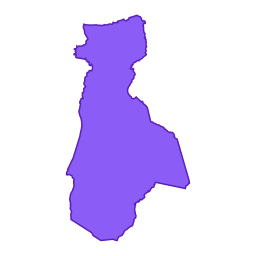 outline of Morazan, Yoro, Honduras
{"feature_id": "27666195B65366922355243", "entity_name": "Morazan", "entity_type": "district", "adm_level": 2, "iso_a3": "HND", "parent_name": "Honduras", "parent_adm1": "Yoro", "projection": "natural_earth1", "projection_center": [-87.562, 15.347], "detail": "fine", "context": "isolated", "style": "filled", "palette": "violet", "viewbox_px": 256, "rotation_deg": 0, "n_neighbors": 0, "source": "geoboundaries", "source_scale": "gbopen_adm2", "svg_char_len": 5574}
<svg xmlns="http://www.w3.org/2000/svg" viewBox="0 0 256 256"><path d="M83.9,24.2L83.5,25.6L83.4,27.8L84.4,30.2L84.7,33.0L86.6,36.7L87.7,38.2L88.0,38.8L87.5,39.5L86.4,40.6L86.0,41.3L85.9,41.7L86.1,42.6L86.1,43.2L85.8,43.9L85.3,44.5L84.8,44.7L83.7,44.9L81.7,46.2L80.5,46.1L78.7,46.1L77.8,46.7L76.9,46.1L77.0,47.0L76.5,47.8L76.3,48.7L74.8,48.8L74.3,49.0L74.4,49.3L75.5,50.1L75.7,50.4L75.7,50.9L75.3,51.6L75.8,52.3L75.9,52.8L75.7,53.4L74.3,53.8L74.1,54.1L74.0,54.6L74.2,54.8L75.5,54.5L76.0,54.7L76.1,55.1L75.8,56.1L75.8,56.8L76.0,57.4L76.4,57.7L82.2,58.6L84.4,59.1L85.0,59.0L85.3,58.8L85.5,58.5L85.8,58.5L85.9,58.8L86.1,60.4L86.3,60.8L87.3,61.2L87.9,62.1L88.5,61.6L88.8,61.8L89.1,62.6L89.1,64.5L89.6,65.4L90.2,65.7L90.8,65.5L91.0,65.2L91.2,64.4L91.3,64.2L92.0,64.9L92.4,66.0L92.5,66.8L92.5,67.6L92.2,69.8L91.7,70.7L91.4,70.9L91.1,70.9L90.1,70.4L89.6,70.5L89.1,70.8L88.7,71.9L88.5,72.2L88.1,72.4L87.4,72.4L87.2,72.6L86.7,73.6L87.0,74.8L86.8,76.0L85.4,77.0L85.1,77.4L84.9,78.1L84.8,79.0L84.7,81.0L83.9,83.4L84.0,83.6L84.3,84.8L85.1,86.0L85.6,86.3L85.7,86.6L85.5,87.0L84.7,87.5L83.7,88.6L83.7,88.9L83.9,89.7L83.8,91.0L83.4,91.9L83.4,92.3L83.2,92.5L82.3,93.0L82.5,93.9L82.3,95.9L82.8,97.6L82.9,98.5L82.7,98.7L82.2,98.4L81.9,98.3L81.2,98.5L80.7,100.3L80.0,101.1L80.3,101.9L79.7,102.3L79.8,102.8L80.2,103.1L80.1,103.5L80.7,103.9L80.1,105.6L79.9,107.5L79.4,109.7L78.9,111.1L79.4,113.8L80.0,115.9L80.9,117.9L81.7,121.8L81.9,125.3L81.4,129.1L80.6,132.2L79.8,136.6L73.2,157.9L67.7,169.3L68.0,170.2L68.0,170.5L67.4,171.2L66.9,172.0L66.5,173.7L66.5,174.4L66.9,174.9L67.3,174.9L69.2,174.5L71.7,175.7L72.1,176.1L72.5,177.7L73.1,178.3L73.8,178.7L74.1,179.3L73.7,180.6L73.7,183.3L73.9,184.9L74.2,186.1L73.3,188.3L72.5,190.6L71.0,193.2L70.3,195.5L70.2,196.7L69.9,197.9L69.9,198.8L69.7,199.6L70.2,201.9L70.7,203.1L70.3,204.8L70.7,205.9L70.3,207.8L70.2,208.5L70.7,209.5L70.9,210.2L71.3,210.7L71.5,211.4L71.4,212.2L71.0,213.5L70.8,215.1L71.0,217.3L71.3,218.1L71.1,218.6L71.0,218.9L71.2,219.6L91.7,232.7L93.1,235.5L100.9,240.5L112.5,239.2L116.9,240.6L117.1,240.5L117.2,240.2L118.4,237.1L120.2,236.0L122.2,235.3L123.0,233.8L123.5,233.1L124.2,231.4L125.1,230.3L127.1,229.2L128.6,227.8L130.2,226.7L131.1,226.2L132.4,225.7L132.6,225.4L133.2,223.0L133.9,221.2L134.2,219.0L134.9,218.1L135.5,218.0L135.6,217.9L136.0,215.8L135.8,215.1L135.3,214.2L135.2,212.6L134.6,209.7L134.6,209.2L135.0,207.0L135.0,205.9L135.4,205.3L135.5,204.9L135.4,204.6L134.6,204.2L134.5,203.9L134.6,203.5L134.9,203.4L135.6,203.4L135.8,202.9L136.3,202.7L136.6,202.3L137.0,202.2L137.4,201.8L137.7,201.8L138.2,202.0L138.5,201.1L139.1,201.4L139.5,201.2L139.7,200.9L139.7,199.8L140.1,199.4L140.8,199.6L141.2,199.5L141.9,199.8L143.2,198.5L144.4,197.6L144.7,197.1L144.1,195.3L144.8,194.4L144.9,194.0L145.3,193.6L147.9,192.0L148.0,191.8L147.9,191.1L148.1,190.9L148.4,191.0L148.9,191.6L149.3,191.5L150.0,190.6L150.9,188.8L151.6,188.1L151.9,187.4L153.2,187.3L153.8,186.9L154.1,186.4L154.1,184.7L154.3,184.5L154.7,184.4L154.9,184.3L154.9,184.0L155.0,182.9L155.6,182.3L185.3,188.5L185.3,187.7L185.7,187.1L185.8,186.1L187.4,185.1L188.5,183.9L189.3,183.3L189.5,182.9L189.0,182.2L189.2,181.7L189.2,181.1L177.1,139.1L175.1,138.1L174.6,137.7L174.1,137.0L174.5,136.8L174.6,136.5L173.9,134.0L172.3,132.4L172.0,132.4L171.1,132.6L170.3,132.1L169.3,132.4L168.1,131.7L167.4,131.1L167.1,130.6L166.0,130.0L165.4,129.3L165.3,129.1L164.5,128.8L164.0,128.2L163.9,127.6L163.6,127.3L162.9,127.1L161.4,126.4L160.4,126.3L159.8,125.5L158.8,124.9L157.5,124.9L156.8,124.6L156.4,124.4L155.7,123.6L154.1,123.4L153.2,122.5L152.5,122.0L151.9,121.9L151.7,122.0L151.2,122.1L150.9,121.8L150.6,121.2L147.2,107.2L146.5,106.6L145.6,105.5L144.3,104.4L143.1,103.3L142.6,101.6L142.0,101.3L141.1,101.8L136.2,97.0L135.3,97.8L133.9,98.6L132.5,98.8L131.8,98.5L131.6,98.3L131.6,97.6L131.3,96.9L129.4,95.3L128.2,93.4L127.8,92.6L127.6,90.5L127.4,90.1L127.8,89.0L128.3,87.3L129.9,84.9L130.5,83.5L131.8,81.8L131.9,81.4L131.7,80.7L131.8,80.4L132.3,79.6L133.3,79.0L133.7,78.5L134.0,76.3L134.2,75.8L135.0,74.9L135.1,74.4L135.0,73.6L133.3,71.1L133.3,70.5L133.6,69.2L133.4,68.6L132.9,68.5L131.9,69.3L131.4,69.4L130.9,69.1L130.3,68.4L130.3,68.1L131.2,67.5L131.8,66.8L131.8,66.6L131.2,66.2L132.0,64.7L132.2,64.8L132.4,65.2L132.7,65.1L133.0,64.6L133.2,63.9L133.5,63.3L133.7,63.0L134.5,62.2L134.8,62.1L135.7,62.1L136.3,61.2L137.7,60.5L137.9,60.5L138.8,60.8L139.1,60.7L139.4,60.2L139.8,59.9L142.1,58.3L144.1,56.4L145.8,55.3L146.2,54.7L146.2,54.1L146.1,53.7L145.7,53.2L145.3,53.0L145.2,52.7L145.3,52.3L146.1,51.3L146.2,50.9L146.2,50.5L145.6,49.6L145.8,47.7L146.5,46.9L146.6,46.6L146.5,46.2L146.0,45.1L146.0,44.2L146.2,42.8L146.2,41.9L146.1,41.3L145.7,40.6L145.7,40.4L145.8,40.2L145.6,39.7L145.9,39.2L145.6,38.8L144.9,38.5L144.6,38.3L144.7,38.1L145.3,37.4L145.1,36.6L144.6,35.3L144.7,34.9L145.0,34.2L145.0,33.7L144.7,33.1L143.9,32.4L143.8,30.8L143.4,29.8L143.6,28.4L143.6,27.1L143.1,26.2L143.4,25.6L143.1,24.4L143.6,23.6L144.1,23.3L144.9,23.6L145.2,23.3L145.3,22.2L145.0,21.4L144.4,21.0L143.8,20.8L143.7,21.0L142.7,21.0L141.9,20.2L141.1,18.0L140.4,16.9L139.7,16.6L138.5,16.3L137.6,15.5L137.0,15.4L134.3,16.1L133.2,16.8L130.8,17.1L130.3,17.7L129.7,17.6L129.3,17.7L129.0,18.0L128.6,18.7L128.3,19.6L127.2,19.9L126.4,20.7L126.1,20.9L125.5,20.9L124.8,20.6L123.6,19.2L123.4,19.2L121.0,20.4L119.7,20.7L117.5,21.3L117.4,21.5L117.8,22.6L116.1,22.6L114.6,22.9L113.2,22.3L112.7,23.5L112.2,24.1L111.7,24.3L110.3,23.9L106.0,25.0L105.4,25.0L104.4,24.6L103.0,25.4L100.4,25.5L100.0,25.5L99.4,25.2L97.4,25.3L96.6,24.9L91.6,25.1L87.8,25.0L84.7,24.6L83.9,24.2Z" fill="#8b5cf6" stroke="#5b21b6" stroke-width="1.5"/></svg>